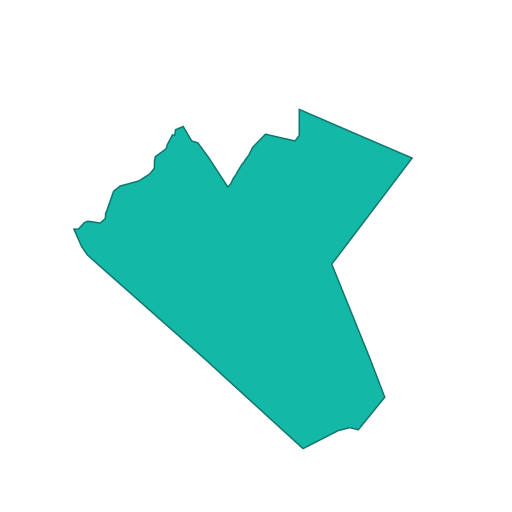 the district of Epworth, Harare, Zimbabwe, rotated 205°
{"feature_id": "62879985B25596949610081", "entity_name": "Epworth", "entity_type": "district", "adm_level": 2, "iso_a3": "ZWE", "parent_name": "Zimbabwe", "parent_adm1": "Harare", "projection": "natural_earth1", "projection_center": [31.174, -17.897], "detail": "fine", "context": "isolated", "style": "filled", "palette": "teal", "viewbox_px": 512, "rotation_deg": 205, "n_neighbors": 0, "source": "geoboundaries", "source_scale": "gbopen_adm2", "svg_char_len": 1320}
<svg xmlns="http://www.w3.org/2000/svg" viewBox="0 0 512 512"><g transform="rotate(205 256 256)"><path d="M383.4,319.3L382.8,315.1L389.2,303.4L388.3,299.5L385.2,292.6L386.9,285.6L393.9,274.5L408.7,262.0L412.4,254.5L410.3,233.5L410.4,232.0L410.4,231.4L408.4,226.3L410.2,222.0L411.0,220.1L423.2,216.4L425.7,213.7L428.3,205.3L432.4,203.4L417.9,190.8L409.3,185.7L394.1,181.1L261.6,141.9L246.9,137.3L233.3,133.0L132.0,101.3L107.7,132.5L98.2,140.2L89.9,141.7L79.6,182.4L109.8,211.6L110.0,211.8L184.0,280.7L182.6,286.6L180.4,296.7L155.9,410.7L160.2,410.6L216.0,408.9L278.7,407.1L267.7,383.4L269.3,376.7L296.0,371.0L298.9,370.4L304.5,354.4L304.5,353.8L305.0,352.9L305.0,352.4L305.0,351.9L305.0,350.8L305.0,350.3L305.0,349.8L305.0,348.8L305.1,348.3L305.1,347.8L305.1,347.3L305.1,346.8L305.1,345.3L305.2,344.3L305.2,343.8L305.2,343.3L305.6,342.8L305.7,341.8L305.7,341.0L306.1,340.6L306.1,340.4L306.1,339.1L306.5,338.6L306.5,336.0L307.0,335.5L307.0,334.0L307.5,333.0L307.5,332.5L308.2,326.2L308.5,324.3L308.5,320.7L308.8,320.4L308.8,319.9L308.8,318.8L308.9,318.3L309.3,317.9L309.3,316.9L309.5,310.1L310.8,306.7L341.1,325.5L356.6,334.0L363.0,333.1L376.7,342.6L382.3,336.4L380.7,331.2L381.1,330.7L382.5,330.7L382.5,330.2L382.9,330.2L383.0,328.4L383.0,328.2L383.4,319.3Z" fill="#14b8a6" stroke="#0f766e" stroke-width="1.5"/></g></svg>